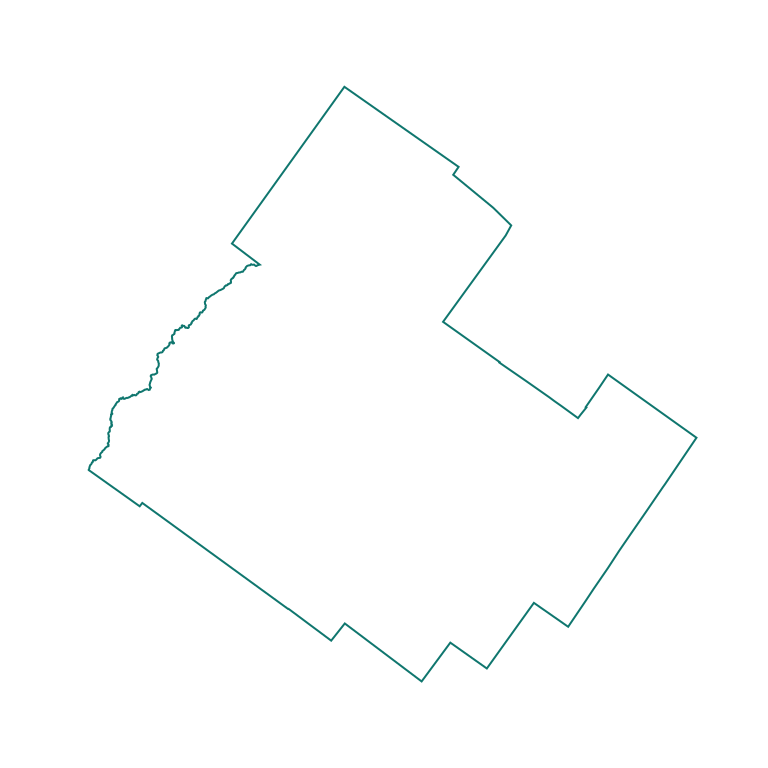 Ayacucho, Buenos Aires, Argentina (Natural Earth projection), rotated 353°
{"feature_id": "61730980B23914757099295", "entity_name": "Ayacucho", "entity_type": "district", "adm_level": 2, "iso_a3": "ARG", "parent_name": "Argentina", "parent_adm1": "Buenos Aires", "projection": "natural_earth1", "projection_center": [-58.84, -36.976], "detail": "fine", "context": "isolated", "style": "outline", "palette": "teal", "viewbox_px": 768, "rotation_deg": 353, "n_neighbors": 0, "source": "geoboundaries", "source_scale": "gbopen_adm2", "svg_char_len": 6092}
<svg xmlns="http://www.w3.org/2000/svg" viewBox="0 0 768 768"><g transform="rotate(353 384 384)"><path d="M484.5,177.6L380.9,84.2L250.2,226.1L275.2,250.4L274.2,250.5L273.9,250.6L272.7,250.8L272.1,251.2L271.3,251.3L270.4,250.6L269.5,249.6L268.4,249.7L267.2,249.4L266.7,248.9L266.2,249.3L265.7,249.8L264.0,249.8L262.7,250.1L262.3,250.3L261.2,251.2L260.8,251.7L260.8,252.1L260.4,252.7L259.8,253.3L258.8,253.9L257.7,255.3L257.0,255.4L256.5,255.2L256.0,255.3L255.1,255.7L254.2,255.7L253.7,255.6L252.5,255.9L250.9,256.0L250.6,256.2L250.3,256.5L249.8,257.3L249.6,257.5L249.1,257.7L248.3,258.7L248.3,259.1L247.7,259.5L247.3,260.2L246.9,260.2L246.7,260.5L246.2,260.8L245.6,261.0L245.4,261.2L245.2,261.6L244.7,262.0L244.5,262.4L244.6,263.8L244.5,264.5L244.3,265.0L243.4,265.2L243.1,265.5L242.4,265.6L242.0,265.9L241.3,265.9L241.0,266.4L240.5,266.8L240.0,266.8L239.1,266.9L239.0,267.2L238.5,267.3L237.9,267.6L237.2,268.5L236.7,269.4L236.2,269.6L235.5,270.0L234.2,270.4L233.2,270.8L231.4,271.1L230.9,271.4L228.5,272.9L227.0,273.5L226.1,274.2L224.6,274.5L223.1,275.2L221.9,276.0L221.0,276.4L219.8,277.5L219.3,277.4L218.8,277.2L218.4,277.1L218.2,277.1L218.0,277.3L218.0,277.9L217.5,278.5L217.3,278.8L217.0,279.9L216.4,280.4L216.2,280.7L216.1,281.0L216.2,283.0L216.5,283.5L216.7,284.2L216.7,284.5L216.3,285.2L216.4,286.0L216.3,286.5L214.8,288.4L214.5,288.6L213.7,288.9L213.2,289.2L213.0,289.9L212.4,290.6L211.9,290.9L211.5,290.8L210.8,290.5L210.3,290.5L209.9,290.8L209.7,291.2L209.5,291.7L209.6,292.3L208.9,293.4L208.3,293.6L208.3,294.1L207.4,294.8L207.1,294.9L206.1,296.5L205.8,296.6L205.0,296.2L204.6,296.1L203.7,296.6L203.0,297.4L202.5,297.8L201.6,298.2L201.1,299.0L200.7,299.3L200.4,299.8L200.4,300.2L200.1,300.3L200.0,300.7L199.6,301.2L199.4,301.4L198.1,301.8L197.6,301.9L197.4,302.1L197.2,302.6L197.3,303.5L197.2,304.0L196.5,304.5L196.0,304.5L195.4,304.4L194.9,304.0L194.5,303.8L194.0,304.0L193.7,303.9L193.5,303.6L193.3,302.9L192.8,302.0L191.1,301.6L190.8,301.2L190.4,301.4L190.4,301.5L190.6,301.8L190.7,302.1L190.7,302.6L190.4,303.0L190.0,303.3L188.6,303.3L187.5,304.5L187.1,304.7L186.9,305.2L186.4,305.3L185.6,305.3L185.2,305.1L184.6,305.3L184.2,305.2L183.9,305.0L183.5,305.0L182.9,305.9L182.9,306.3L182.3,307.3L182.2,308.5L181.8,308.9L181.4,309.0L180.6,309.6L179.8,309.8L179.6,310.1L179.3,310.8L179.3,311.2L179.4,311.7L179.2,312.5L179.3,313.3L179.2,313.9L179.3,314.7L179.4,315.2L179.6,315.9L179.6,316.2L179.8,316.6L180.2,317.2L180.5,317.5L180.5,317.9L180.1,318.1L179.8,318.1L179.1,317.9L179.0,317.6L179.0,317.3L179.2,317.0L179.0,316.7L178.7,316.5L178.3,316.6L178.1,316.9L177.3,316.8L176.9,316.7L176.6,316.8L176.3,317.1L175.9,317.4L176.1,318.1L176.0,318.4L175.4,319.3L175.0,319.8L174.6,320.1L174.1,320.6L173.4,321.0L173.0,321.4L172.6,321.6L170.6,321.9L170.3,322.2L170.0,322.9L169.7,323.4L169.2,323.9L168.7,324.0L168.3,324.9L167.8,325.4L167.2,325.6L166.1,325.5L165.5,325.6L163.1,326.4L162.8,326.8L162.8,327.3L162.5,327.8L163.2,329.2L163.1,329.9L162.5,330.5L162.0,331.5L161.8,332.2L162.0,332.5L162.6,333.4L162.7,333.9L162.6,334.5L162.7,334.8L162.8,335.7L163.0,336.0L163.0,336.5L162.8,337.0L162.6,338.5L162.1,339.3L161.4,340.2L161.0,340.5L160.6,341.1L160.3,341.2L160.2,341.5L160.3,342.6L160.3,343.6L160.4,344.7L160.2,345.3L159.1,346.0L158.6,346.0L157.4,346.6L156.9,346.7L156.0,346.4L155.1,346.5L154.4,346.8L154.1,346.8L153.7,347.0L153.5,347.4L153.4,348.0L153.9,349.0L153.8,349.7L154.1,350.4L154.0,350.8L152.7,352.9L152.2,353.8L151.8,354.8L151.7,355.2L151.3,355.9L151.2,356.7L151.3,357.2L151.5,357.7L151.4,358.5L152.1,359.1L151.8,359.6L151.3,359.9L150.8,361.1L149.7,361.3L149.3,361.0L148.7,360.4L148.2,360.1L147.1,360.5L146.2,360.4L145.5,360.9L145.0,360.9L144.3,361.2L143.8,361.6L141.8,362.2L141.0,362.3L140.3,361.8L139.8,362.0L139.4,362.3L139.2,363.0L138.9,363.3L138.6,363.5L137.9,363.6L137.6,363.8L137.3,364.2L136.9,364.8L136.5,365.0L135.6,364.9L135.4,364.7L134.8,364.4L134.0,364.5L133.2,364.5L132.9,364.2L132.7,364.4L132.7,365.0L132.4,365.0L132.3,364.7L132.0,364.8L131.6,365.1L129.9,366.1L129.6,366.0L127.9,366.6L126.9,366.4L126.0,366.6L125.5,366.9L125.0,366.9L124.4,367.1L124.2,367.0L123.8,366.6L123.5,366.7L123.3,366.4L123.2,365.5L122.8,365.6L121.9,366.6L121.3,366.8L121.1,366.6L121.0,366.2L120.9,366.1L120.5,366.2L119.3,366.7L119.1,368.2L118.7,368.8L118.2,369.1L116.9,369.5L116.6,369.9L115.5,371.1L115.0,371.7L115.1,372.0L114.4,372.6L114.0,373.0L112.5,374.8L111.6,375.4L111.6,375.7L111.2,376.4L111.2,376.8L110.7,377.5L110.2,379.0L110.7,380.2L110.6,380.6L110.1,380.7L109.7,380.6L109.4,380.8L109.3,381.4L109.4,381.8L109.4,382.2L109.0,382.8L108.7,383.9L108.1,385.2L108.3,385.5L108.0,386.0L108.1,386.6L108.7,387.4L109.0,388.2L108.8,388.5L109.0,388.9L108.7,389.2L108.8,389.9L108.6,390.0L108.7,390.3L108.6,390.8L108.9,391.2L108.7,391.4L108.9,391.7L108.7,391.9L108.8,392.4L107.9,392.7L107.8,393.3L106.7,393.6L106.5,394.1L106.3,394.9L106.1,396.5L106.2,397.2L105.8,397.9L105.4,398.0L104.3,399.1L104.3,399.7L104.3,400.5L104.6,401.1L104.5,401.6L104.7,402.0L104.7,402.3L104.1,403.1L104.1,403.5L104.2,404.0L104.1,404.4L104.0,404.9L104.2,406.6L104.0,407.4L103.8,407.9L103.0,408.9L102.6,409.2L102.6,409.7L103.2,410.5L103.1,411.0L102.9,411.3L103.1,411.9L102.8,412.2L102.0,412.2L100.8,412.8L99.9,413.4L99.1,414.0L98.8,414.6L97.9,415.3L96.5,416.1L96.2,416.4L96.1,417.0L94.8,417.9L94.2,418.5L93.8,419.0L93.5,419.7L93.5,420.5L93.8,421.4L93.7,422.0L93.3,422.6L90.6,422.8L89.0,424.2L88.0,424.6L87.5,424.5L86.9,424.2L85.9,424.4L85.7,425.3L85.4,425.6L85.2,426.2L84.5,426.4L84.2,427.0L83.9,427.6L83.5,428.1L83.0,428.4L82.6,428.6L82.3,429.2L81.8,430.0L81.8,430.3L81.4,431.0L81.3,431.9L80.4,433.2L80.4,433.4L126.6,475.6L129.6,472.6L261.4,595.6L261.8,595.5L300.3,632.3L315.9,616.9L385.1,683.8L418.3,648.8L451.4,678.9L506.1,619.5L537.2,647.4L557.6,624.0L567.0,613.0L583.8,594.0L597.1,578.2L610.7,562.8L629.2,542.0L648.3,520.3L650.6,517.8L687.6,475.4L607.5,401.9L597.1,413.9L581.4,431.5L582.0,432.0L575.3,438.5L572.4,441.5L557.3,427.4L551.0,421.7L546.5,417.4L525.1,398.1L501.1,376.8L501.5,376.4L450.2,329.5L522.9,251.4L529.6,242.1L513.9,222.4L478.2,184.8L484.5,177.6Z" fill="none" stroke="#0f766e" stroke-width="2"/></g></svg>